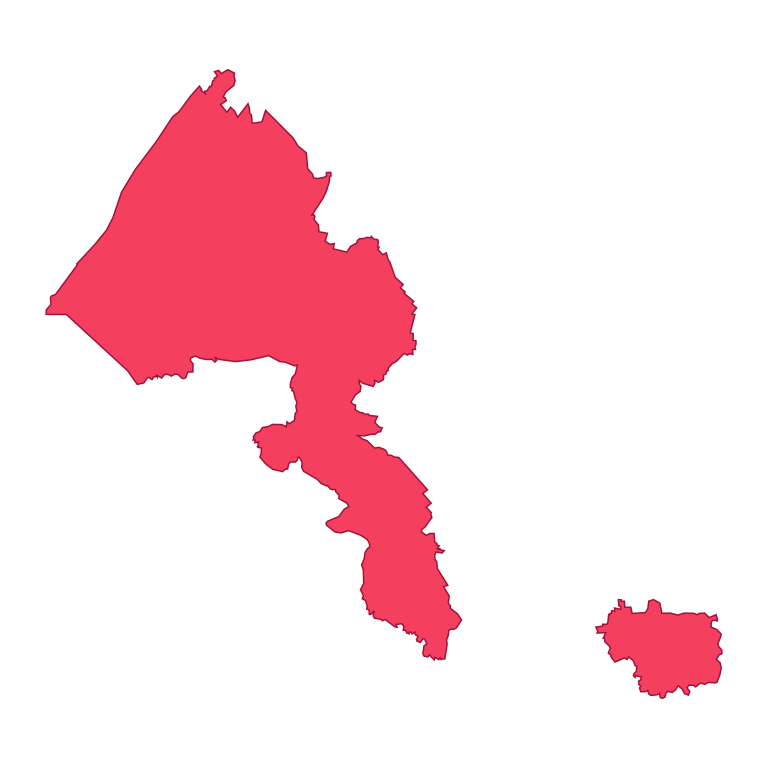 outline of Chiconamel, Veracruz, Mexico
{"feature_id": "50627088B16194537288305", "entity_name": "Chiconamel", "entity_type": "district", "adm_level": 2, "iso_a3": "MEX", "parent_name": "Mexico", "parent_adm1": "Veracruz", "projection": "mercator", "projection_center": [-98.445, 21.244], "detail": "fine", "context": "isolated", "style": "filled", "palette": "rose", "viewbox_px": 768, "rotation_deg": 0, "n_neighbors": 0, "source": "geoboundaries", "source_scale": "gbopen_adm2", "svg_char_len": 6099}
<svg xmlns="http://www.w3.org/2000/svg" viewBox="0 0 768 768"><path d="M444.8,659.0L447.1,644.5L446.6,639.8L448.3,635.3L448.8,630.2L451.0,629.1L454.0,629.3L456.6,627.6L461.6,619.9L457.3,613.7L450.2,608.2L450.5,605.9L448.3,603.3L449.2,595.9L443.6,586.8L447.8,585.3L437.3,568.5L436.7,561.5L435.2,560.0L434.6,555.8L435.9,552.0L442.1,553.0L444.2,550.7L438.8,549.4L439.6,548.6L437.7,548.2L436.8,549.1L439.2,545.7L436.9,545.0L436.9,543.5L434.7,541.9L434.1,533.5L429.8,533.5L426.2,535.5L421.3,531.6L421.8,529.6L425.2,526.8L431.9,517.5L430.9,514.7L431.2,512.5L426.2,507.2L431.2,503.2L422.8,493.5L427.5,489.8L398.7,457.4L394.3,457.1L391.1,455.2L387.8,455.2L386.5,451.6L384.6,449.5L379.1,447.4L374.5,448.0L367.1,440.7L362.7,439.1L357.6,435.6L364.3,435.9L371.6,434.2L374.8,434.4L378.4,431.9L380.5,431.8L382.2,427.8L379.4,427.2L374.7,422.4L377.5,416.4L369.1,415.4L368.4,414.1L365.0,414.3L362.6,412.8L359.7,412.4L355.2,409.7L355.5,405.0L353.0,404.3L351.0,402.1L355.3,395.1L360.1,391.3L360.9,386.2L359.6,384.3L359.1,380.5L363.1,383.4L373.3,386.4L374.9,383.3L374.6,380.4L378.5,382.3L382.9,380.1L383.7,378.5L383.4,375.1L385.7,374.3L386.6,371.5L388.2,370.5L388.5,367.9L392.1,363.8L396.5,361.3L403.3,354.2L404.3,353.6L407.3,355.1L409.6,353.8L413.0,354.4L412.4,349.9L415.5,349.3L414.8,346.7L416.0,344.3L416.0,340.9L413.0,340.3L413.3,333.6L410.2,332.9L414.9,314.6L411.8,314.0L416.7,307.9L411.8,303.8L413.8,301.4L404.0,293.3L405.2,291.9L400.3,287.8L403.2,284.5L395.3,277.5L389.8,262.0L388.1,259.7L386.3,252.8L382.7,254.7L378.1,249.7L379.1,247.1L377.7,246.9L378.3,241.0L377.6,239.6L374.0,239.3L371.3,236.4L370.5,237.8L366.7,237.4L364.3,238.5L359.5,238.7L357.4,240.5L356.5,243.2L350.8,246.2L346.8,252.1L333.2,248.8L334.3,243.5L330.0,244.4L325.2,241.1L327.4,233.3L319.0,231.8L318.4,225.0L314.1,219.7L314.9,216.1L313.7,214.8L312.0,215.1L323.2,198.0L326.4,191.1L329.3,181.6L329.7,176.8L331.1,175.9L330.7,172.4L326.4,172.5L326.4,176.3L324.8,177.1L317.2,178.6L313.5,177.8L312.5,174.1L307.7,168.7L306.3,152.9L298.0,146.0L293.1,138.0L265.6,110.4L262.1,121.2L261.1,122.1L253.8,123.1L252.0,122.9L251.5,115.2L249.8,113.4L249.3,107.5L248.0,103.7L237.7,117.2L234.9,111.5L230.6,107.2L226.9,112.2L220.6,104.6L226.3,100.7L225.2,97.8L223.1,96.9L226.1,91.6L233.8,85.5L235.1,80.3L233.9,75.4L234.5,73.1L227.8,69.7L221.3,73.6L218.8,70.4L214.5,71.7L217.6,76.0L214.3,78.3L214.0,80.3L212.7,81.0L211.4,86.6L209.7,86.3L207.1,90.8L204.9,91.2L205.4,93.7L200.9,90.2L201.6,89.2L199.4,86.1L190.4,96.3L178.9,111.8L172.8,116.6L156.6,141.1L135.2,169.6L121.5,192.3L112.9,217.7L106.5,230.2L94.4,245.0L76.7,264.0L77.3,264.9L55.5,294.5L51.4,296.0L50.4,297.7L51.0,304.5L46.4,309.7L46.1,314.4L66.4,314.5L127.6,370.7L137.3,384.4L143.9,382.9L147.5,377.7L149.2,377.4L151.3,379.4L152.5,379.4L153.3,377.0L155.6,376.8L156.3,375.6L157.3,377.1L157.3,375.6L161.6,378.0L164.6,374.4L168.3,374.5L171.2,376.1L174.9,374.1L178.0,374.5L182.3,378.5L184.8,378.3L186.1,377.0L187.7,372.0L192.8,372.0L193.0,363.7L190.5,360.8L190.6,358.0L195.6,356.0L200.2,358.3L206.7,359.5L212.0,359.3L214.9,362.1L216.7,360.3L215.1,357.7L219.2,359.4L235.5,361.6L251.6,359.7L268.7,355.6L279.8,361.6L285.1,362.1L294.5,365.8L297.4,365.2L295.3,373.9L292.1,377.6L290.4,383.6L290.4,387.7L292.5,388.4L291.8,390.6L293.5,391.2L295.2,398.5L297.1,402.6L295.8,406.2L296.9,411.3L295.2,413.5L294.5,420.5L289.3,423.7L287.0,421.8L286.3,426.7L281.8,424.6L272.6,424.4L268.2,426.6L262.6,427.5L259.7,431.6L256.0,432.9L253.4,436.7L253.9,438.6L253.0,440.0L255.2,440.2L254.7,442.7L258.6,441.9L257.8,443.3L258.6,446.3L257.4,446.7L257.8,447.4L261.4,448.0L261.2,453.3L259.9,457.1L265.9,464.1L272.9,469.4L282.7,471.6L285.4,469.2L287.6,469.0L288.7,463.8L290.5,462.0L295.6,462.0L297.3,460.1L298.2,457.1L299.4,457.3L302.1,462.4L301.7,467.5L303.6,471.3L317.3,479.4L321.0,483.3L326.4,485.9L327.6,485.6L330.2,488.9L332.3,489.7L335.4,489.4L335.6,491.5L339.1,495.3L338.8,498.6L346.7,503.0L348.9,506.5L344.3,509.1L338.8,516.5L327.5,521.3L326.1,523.0L326.5,525.2L335.0,532.0L341.3,532.9L348.6,530.6L360.6,535.2L367.3,539.6L369.5,543.6L369.6,547.1L367.6,548.5L365.1,552.3L364.3,558.4L361.6,565.0L363.3,569.8L363.7,583.3L360.5,589.8L363.4,595.4L362.3,598.8L365.4,600.4L367.2,605.9L366.7,609.0L369.2,610.4L369.2,614.2L370.5,614.6L373.6,611.4L374.3,611.9L373.2,614.2L373.5,616.6L374.6,618.3L379.9,619.0L382.8,620.8L384.9,619.4L395.2,627.0L397.2,627.2L395.8,624.5L401.5,623.7L403.9,626.3L403.2,630.1L405.8,630.6L406.8,633.0L409.1,633.9L409.3,632.0L410.8,632.0L412.0,633.9L415.0,632.2L415.2,634.6L418.0,636.3L416.5,639.6L417.1,641.2L420.5,642.4L422.9,638.7L424.6,639.3L426.8,643.7L423.9,646.1L422.9,653.9L424.1,656.2L428.0,656.9L429.4,654.9L434.2,659.9L434.9,657.4L438.8,659.6L440.1,657.8L441.1,659.6L442.8,658.7L444.8,659.0ZM721.7,650.0L718.7,646.5L717.8,643.8L720.9,636.2L721.0,633.8L716.6,629.4L711.0,627.1L711.3,622.2L712.4,620.6L715.3,620.1L717.0,621.1L717.6,619.8L716.1,614.7L709.2,617.6L704.7,613.1L699.1,613.4L697.3,614.8L693.9,613.3L684.2,613.1L677.8,615.1L670.3,613.1L661.9,613.3L659.8,603.1L653.6,599.6L648.8,601.1L647.9,608.4L645.4,612.6L632.1,613.5L630.8,607.2L624.8,607.3L624.4,601.2L621.5,601.4L621.3,599.8L618.3,599.7L618.9,606.0L620.5,606.3L620.7,609.4L614.5,608.0L614.7,611.1L611.6,610.8L611.3,613.3L609.4,613.8L609.4,615.1L608.6,615.0L607.9,622.4L606.6,624.4L602.7,624.2L602.6,626.1L595.9,627.1L597.8,631.4L597.1,633.0L605.8,632.7L603.3,638.1L604.3,637.9L604.9,641.9L609.1,645.7L610.3,648.1L608.3,653.2L610.8,654.8L611.1,657.1L615.0,662.1L624.5,657.9L627.0,659.5L628.7,657.0L633.2,660.5L635.1,665.7L637.0,666.3L636.3,671.3L633.6,674.2L633.5,675.9L635.1,677.4L635.6,675.8L641.3,676.8L640.7,679.9L638.5,681.1L638.9,684.5L640.8,686.1L639.5,688.0L640.8,691.7L645.2,691.7L647.8,690.5L648.8,694.0L650.8,695.4L657.0,694.8L659.4,693.4L660.4,697.6L662.3,698.3L664.9,697.2L666.3,692.4L668.1,691.5L672.3,692.4L675.8,689.6L678.0,685.7L682.2,689.0L684.5,693.6L688.4,695.1L689.8,691.5L687.0,687.8L688.9,685.3L693.3,685.2L695.6,686.9L700.6,683.0L704.7,684.3L708.7,682.4L715.5,682.9L717.1,682.1L720.0,674.3L721.2,667.7L720.1,662.8L716.3,659.2L719.4,654.6L721.9,653.7L721.7,650.0Z" fill="#f43f5e" stroke="#9f1239" stroke-width="1.5"/></svg>